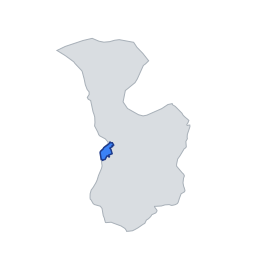 where Neretas sits in Latvia, rotated 70°
{"feature_id": "LVA-5724", "entity_name": "Neretas", "entity_type": "Municipality", "adm_level": 1, "iso_a3": "LVA", "parent_name": "Latvia", "parent_adm1": "", "projection": "mercator", "projection_center": [25.191, 56.328], "detail": "fine", "context": "in_parent", "style": "filled", "palette": "blue", "viewbox_px": 256, "rotation_deg": 70, "n_neighbors": 0, "source": "natural_earth", "source_scale": "10m", "svg_char_len": 2415}
<svg xmlns="http://www.w3.org/2000/svg" viewBox="0 0 256 256"><g transform="rotate(70 128 128)"><path d="M182.2,187.8L180.8,187.6L176.9,186.1L173.7,183.8L171.7,180.8L168.3,176.7L166.1,174.6L162.6,172.0L156.8,166.6L154.7,165.3L144.3,163.0L140.6,161.9L137.2,155.7L136.0,152.1L134.3,151.5L132.5,152.3L130.5,153.0L125.8,157.2L124.3,157.8L121.4,157.8L114.7,158.7L111.6,157.2L106.3,155.5L103.4,155.3L100.8,155.3L89.4,153.7L87.4,155.5L85.3,155.8L83.2,153.0L80.7,152.2L77.9,153.2L72.8,153.3L66.8,152.4L59.1,151.7L58.0,152.0L49.4,155.7L47.3,156.3L38.1,162.5L30.8,168.3L29.9,159.0L30.4,140.4L31.5,131.0L36.5,125.6L39.1,121.3L40.6,115.7L41.0,110.4L42.0,106.0L49.4,93.4L55.2,92.0L63.1,88.5L71.9,85.6L73.6,89.3L74.5,92.2L85.1,102.5L87.8,105.9L91.9,117.7L101.8,123.7L109.5,121.8L112.9,118.9L119.1,113.6L121.8,109.7L122.4,105.9L121.3,89.6L119.6,82.5L120.2,78.1L121.3,78.3L123.9,76.2L132.6,72.2L134.3,72.0L136.3,71.2L141.7,68.2L143.5,69.8L144.9,71.6L145.7,71.6L146.1,70.9L146.0,69.8L146.4,68.9L148.0,69.4L154.3,74.4L156.7,75.5L158.4,75.9L160.4,78.2L165.7,79.7L166.4,80.9L166.8,82.4L171.9,88.7L174.1,91.9L178.6,94.7L180.5,95.4L188.4,92.5L190.5,91.5L192.3,91.4L194.2,93.0L198.4,95.1L202.2,95.7L202.9,95.6L206.1,95.8L207.2,96.6L208.0,100.6L211.6,103.7L215.0,106.3L215.9,107.5L216.2,109.8L215.9,112.5L215.5,113.8L214.1,115.4L212.9,119.5L212.7,123.3L210.7,129.9L211.2,130.1L215.3,128.9L216.4,129.6L217.3,131.0L217.6,135.2L219.0,137.0L220.3,139.9L220.8,142.2L223.4,144.9L223.6,146.6L225.2,152.7L225.8,156.2L226.1,158.9L225.3,162.4L224.6,164.7L223.8,164.6L221.4,165.2L217.7,168.0L212.2,174.5L210.8,176.0L209.4,181.0L209.0,181.5L205.8,181.3L204.9,181.1L201.7,181.2L194.7,179.9L192.0,180.8L188.4,185.8L187.0,186.6L182.9,187.3L182.2,187.8Z" fill="#d9dde1" stroke="#a8b0b8" stroke-width="1"/><path d="M148.2,163.9L141.7,162.7L140.7,162.0L139.9,160.5L139.4,158.9L139.1,158.5L138.2,157.5L138.0,156.9L137.7,156.0L136.9,153.0L136.2,151.0L135.7,150.1L135.2,150.0L135.3,149.4L136.0,149.1L136.3,148.5L136.5,147.8L139.1,147.3L139.4,149.1L140.1,148.9L140.7,151.9L142.3,151.4L146.7,151.7L146.8,153.2L146.8,153.8L146.9,154.6L146.8,154.9L146.8,155.2L146.9,155.3L147.0,155.5L148.6,155.3L148.8,155.6L148.6,155.9L148.0,156.1L147.5,156.5L147.2,157.1L147.2,157.6L147.9,158.2L148.4,158.9L148.8,159.2L149.7,160.3L149.5,161.8L149.8,162.8L149.7,163.1L148.8,163.2L148.5,163.5L148.2,163.8L148.2,163.9Z" fill="#3b82f6" stroke="#1e3a8a" stroke-width="1.5"/></g></svg>